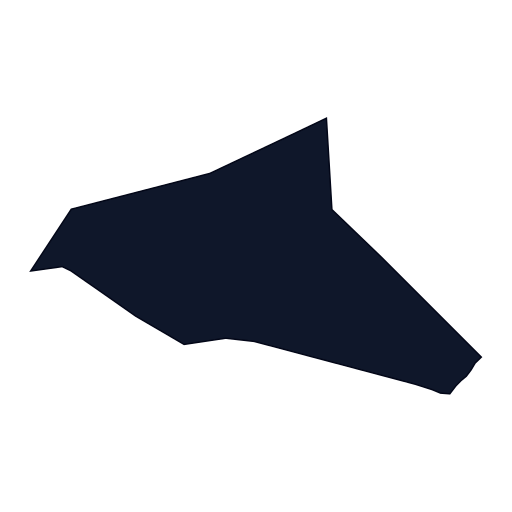 Senador Elói de Souza, Rio Grande do Norte, Brazil (Natural Earth projection)
{"feature_id": "56859067B83045836784130", "entity_name": "Senador Elói de Souza", "entity_type": "district", "adm_level": 2, "iso_a3": "BRA", "parent_name": "Brazil", "parent_adm1": "Rio Grande do Norte", "projection": "natural_earth1", "projection_center": [-35.665, -6.036], "detail": "fine", "context": "isolated", "style": "filled", "palette": "ink", "viewbox_px": 512, "rotation_deg": 0, "n_neighbors": 0, "source": "geoboundaries", "source_scale": "gbopen_adm2", "svg_char_len": 450}
<svg xmlns="http://www.w3.org/2000/svg" viewBox="0 0 512 512"><path d="M326.4,118.2L290.1,135.5L209.9,173.4L71.3,209.2L30.7,271.0L62.2,266.6L70.7,270.7L86.6,281.8L93.4,286.5L135.8,316.2L184.1,344.4L225.6,338.2L254.1,341.4L402.8,380.9L415.5,384.3L432.1,389.6L440.5,393.1L449.8,393.8L456.0,385.7L461.0,380.6L466.3,376.2L471.0,370.0L475.1,363.1L481.3,357.1L381.5,257.3L331.9,209.6L326.4,118.2Z" fill="#0f172a" stroke="#020617" stroke-width="1.5"/></svg>